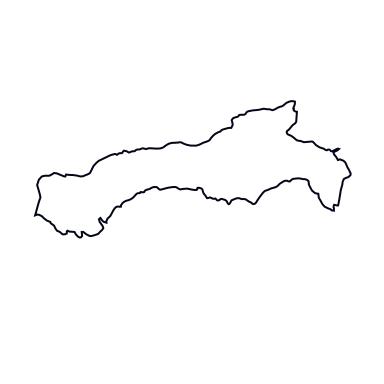 Bolvasnita, Caras-Severin, Romania (Equal Earth projection), rotated 159°
{"feature_id": "2599482B91708216111276", "entity_name": "Bolvasnita", "entity_type": "district", "adm_level": 2, "iso_a3": "ROU", "parent_name": "Romania", "parent_adm1": "Caras-Severin", "projection": "equal_earth", "projection_center": [22.399, 45.326], "detail": "fine", "context": "isolated", "style": "outline", "palette": "ink", "viewbox_px": 384, "rotation_deg": 159, "n_neighbors": 0, "source": "geoboundaries", "source_scale": "gbopen_adm2", "svg_char_len": 5986}
<svg xmlns="http://www.w3.org/2000/svg" viewBox="0 0 384 384"><g transform="rotate(159 192 192)"><path d="M323.9,260.0L326.7,260.3L330.6,258.3L334.1,254.0L334.3,250.8L334.6,247.6L334.9,244.5L335.4,241.3L338.9,237.1L346.8,226.4L344.4,226.4L342.5,225.1L340.7,223.0L340.1,221.5L339.3,220.0L338.5,218.6L337.6,217.2L335.0,214.8L335.1,213.5L332.8,210.0L332.6,206.8L331.8,204.1L329.8,202.2L328.2,199.2L327.8,198.8L327.3,198.6L326.8,198.3L326.2,198.2L325.7,198.1L323.8,198.1L323.0,200.1L322.2,200.5L320.6,199.0L316.0,196.8L315.9,195.8L315.7,194.7L315.5,193.7L315.1,192.7L314.1,190.7L312.9,189.6L311.7,189.5L310.3,190.4L309.3,194.2L307.9,193.8L305.8,190.4L303.1,187.4L301.4,186.9L298.5,186.6L294.6,186.5L293.4,187.1L292.2,187.7L291.0,188.2L289.7,188.7L287.8,189.9L287.6,192.2L288.9,197.2L288.6,199.9L286.8,200.6L286.5,199.4L286.2,198.2L285.8,197.0L285.2,195.9L282.9,194.0L282.4,195.5L280.4,197.4L276.8,198.9L272.2,202.9L270.2,204.3L268.6,205.1L267.3,205.2L266.7,205.0L266.1,204.8L265.5,204.6L265.0,204.2L263.6,203.8L263.1,205.0L260.9,206.5L259.9,206.9L258.9,207.1L257.9,207.3L256.8,207.4L254.8,207.2L253.9,207.1L252.1,207.2L251.2,207.3L249.1,207.8L244.5,210.1L243.4,210.3L240.9,209.7L240.0,210.4L238.0,209.3L236.7,209.1L236.3,209.4L236.0,209.7L235.6,209.9L235.0,210.2L234.8,210.3L233.8,210.3L233.1,210.3L232.3,210.3L231.6,210.1L230.9,210.0L228.0,210.4L226.2,210.4L223.5,209.4L222.7,208.5L221.8,206.5L220.9,205.5L218.8,205.2L216.7,205.0L212.5,204.5L208.1,203.5L205.9,202.7L204.6,201.7L204.1,200.9L203.5,200.1L202.8,199.3L202.0,198.6L200.3,198.3L198.6,197.9L197.0,197.4L195.3,196.9L192.2,194.9L189.0,193.0L186.9,192.3L186.1,192.7L186.0,193.1L185.8,193.4L185.6,193.7L185.2,193.9L184.0,193.4L183.2,192.9L182.9,192.7L182.4,192.2L182.0,191.8L181.7,191.3L181.4,190.8L181.7,187.4L181.6,186.6L181.5,186.0L181.3,185.3L181.1,184.7L180.8,184.1L180.2,180.9L179.3,180.6L177.1,180.5L174.8,178.2L174.1,177.8L172.4,177.5L171.8,175.8L171.3,175.0L169.7,174.6L167.5,175.2L166.7,174.9L163.9,172.7L162.9,171.0L162.7,168.8L162.3,167.6L161.3,167.5L160.4,168.0L159.7,168.7L158.9,169.3L158.3,170.0L153.7,170.2L153.2,170.1L152.0,170.0L151.5,169.8L150.9,169.6L150.3,169.4L147.9,167.4L146.4,167.0L144.5,165.9L142.0,162.3L140.8,161.3L140.5,160.6L140.1,160.0L139.7,159.4L139.3,158.8L137.5,158.5L135.9,159.2L134.7,160.2L132.7,161.6L130.4,163.2L125.8,166.0L123.5,166.9L121.5,166.8L119.5,166.8L118.0,166.9L116.5,167.0L115.3,166.8L114.1,166.7L112.9,166.6L111.5,166.6L109.8,167.0L107.2,168.2L105.8,168.5L104.5,168.8L103.1,169.0L101.8,169.2L101.1,169.1L100.4,168.9L99.8,168.7L99.2,168.4L97.9,167.2L96.8,166.8L94.3,167.9L92.8,168.0L88.2,166.8L85.6,165.5L83.7,164.2L82.8,163.9L82.0,163.5L81.2,162.9L80.6,162.4L80.2,162.0L79.9,161.5L79.6,161.1L79.4,160.5L79.5,159.7L79.7,158.9L79.9,158.0L80.2,157.2L80.1,155.5L79.9,153.7L79.7,151.9L79.4,150.2L77.6,147.0L77.1,146.5L74.7,145.1L75.5,141.9L75.7,141.3L75.1,137.9L74.7,134.3L73.5,130.9L71.0,128.1L68.8,126.2L68.2,124.8L66.2,123.7L65.3,126.0L65.3,127.0L64.9,128.0L63.9,129.1L61.3,127.4L60.4,127.1L57.6,131.5L52.5,140.3L48.9,145.2L47.6,147.7L45.5,149.7L43.4,150.0L40.6,149.9L38.1,150.9L37.2,152.5L37.4,154.4L37.5,156.3L37.8,158.1L38.1,160.0L38.1,161.2L38.1,162.5L38.2,163.7L38.4,165.0L39.4,166.9L42.1,169.4L42.9,169.6L43.2,169.5L43.6,169.4L44.3,169.5L44.7,172.3L44.9,173.2L45.3,174.5L45.8,175.8L45.9,177.0L45.8,177.9L45.1,178.5L42.3,178.7L41.7,178.7L40.4,179.1L39.3,179.5L40.1,180.2L41.0,180.2L41.6,180.3L43.3,180.0L44.6,180.0L45.3,179.9L46.6,179.7L47.7,180.4L47.8,181.0L48.0,181.6L48.4,182.2L48.5,182.3L49.1,182.6L49.8,182.8L50.4,182.8L51.1,182.6L52.1,183.3L53.7,185.4L55.4,186.7L57.0,188.1L59.4,191.3L61.1,195.5L62.0,196.2L69.7,198.4L72.4,200.8L73.3,201.2L74.2,201.7L75.0,202.3L75.8,202.9L76.4,204.2L77.1,205.5L77.8,206.7L78.6,207.9L79.6,209.3L81.6,211.1L82.3,212.4L82.2,213.8L81.5,214.8L79.2,215.5L74.2,218.3L70.9,219.2L69.5,220.3L65.3,229.3L65.9,229.7L66.4,230.0L66.9,230.4L67.3,230.9L67.8,232.1L67.1,232.9L67.3,233.3L67.5,233.8L66.9,234.2L66.4,235.2L65.8,235.6L65.0,236.6L64.4,237.4L63.5,239.5L64.8,240.4L67.1,241.3L68.7,241.5L71.8,241.4L76.3,239.9L77.8,239.8L79.0,240.0L81.5,240.0L85.2,239.4L85.5,239.5L85.9,239.5L86.2,239.5L86.6,239.4L87.7,239.6L88.4,240.2L89.0,240.7L89.7,241.2L90.5,241.7L91.7,242.1L92.9,242.7L94.0,243.3L95.1,244.0L100.7,244.9L106.0,246.4L109.8,247.1L111.4,247.2L112.7,246.8L114.0,245.7L115.5,245.4L119.7,246.9L120.6,246.8L121.0,246.5L121.5,246.2L122.1,246.0L122.6,245.9L123.0,245.9L124.1,246.1L125.2,246.2L126.2,246.2L127.2,246.1L128.8,245.2L129.3,244.6L129.3,243.5L129.5,242.3L129.7,241.1L130.0,240.0L132.3,237.8L133.1,238.1L133.9,238.4L135.5,238.8L141.2,239.3L141.9,239.2L142.5,239.0L143.2,238.7L143.7,238.3L146.2,238.4L147.8,238.1L149.4,238.0L152.3,236.9L153.9,236.1L155.0,235.5L156.9,234.2L158.1,233.9L159.7,233.8L160.7,233.8L162.8,233.9L163.9,234.0L165.2,233.8L166.5,233.7L167.8,233.6L169.1,233.6L170.9,233.7L172.1,234.0L176.8,235.9L180.0,238.0L181.2,239.0L182.3,240.0L183.3,241.1L184.3,242.2L185.4,242.7L185.6,242.8L186.7,243.1L187.8,243.2L188.3,243.5L188.9,243.7L189.5,243.9L190.6,244.1L192.4,244.9L196.0,245.4L197.7,245.2L199.3,244.9L201.0,244.5L202.6,244.0L203.6,243.9L204.6,244.0L205.7,244.0L206.7,244.2L210.5,245.6L212.0,246.3L213.5,247.0L215.1,247.7L216.6,248.3L219.7,248.6L220.3,249.1L221.0,249.6L221.7,250.1L222.4,250.5L223.4,250.5L224.3,250.6L225.6,250.5L228.1,251.3L229.2,251.3L230.8,250.7L231.4,250.8L231.9,250.9L232.5,251.1L233.0,251.4L233.6,251.4L234.2,251.5L234.9,251.4L235.5,251.3L237.0,251.6L237.2,252.0L237.5,252.4L237.8,252.8L238.2,253.2L238.7,253.6L240.7,255.0L241.3,254.8L241.9,254.4L242.4,254.1L242.8,253.7L243.7,253.4L244.4,253.7L245.1,254.0L245.8,254.1L246.5,254.2L246.9,254.2L248.1,253.7L248.9,253.7L249.6,254.7L250.7,255.2L254.9,255.6L267.9,254.5L270.8,253.5L274.6,251.6L280.5,246.2L282.7,245.9L288.3,245.8L290.8,246.6L293.6,248.6L297.3,250.6L298.8,251.2L300.3,251.9L301.8,252.6L303.3,253.4L304.7,251.9L305.8,252.4L311.5,257.8L314.1,259.2L316.1,258.7L319.2,258.3L323.9,260.0Z" fill="none" stroke="#020617" stroke-width="2"/></g></svg>